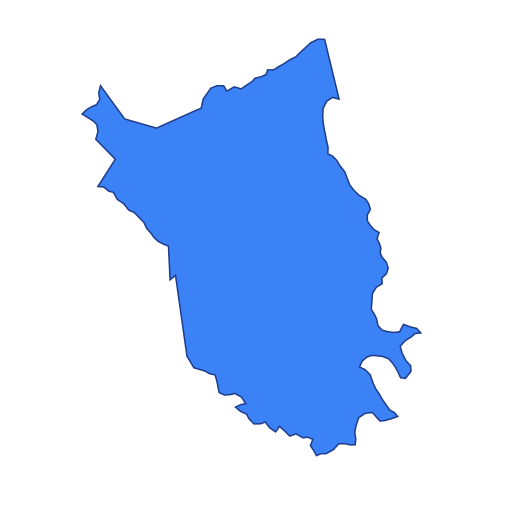 the district of Xaxim, Santa Catarina, Brazil, rotated 352°
{"feature_id": "56859067B50522823079629", "entity_name": "Xaxim", "entity_type": "district", "adm_level": 2, "iso_a3": "BRA", "parent_name": "Brazil", "parent_adm1": "Santa Catarina", "projection": "orthographic", "projection_center": [-52.514, -26.975], "detail": "fine", "context": "isolated", "style": "filled", "palette": "blue", "viewbox_px": 512, "rotation_deg": 352, "n_neighbors": 0, "source": "geoboundaries", "source_scale": "gbopen_adm2", "svg_char_len": 2480}
<svg xmlns="http://www.w3.org/2000/svg" viewBox="0 0 512 512"><g transform="rotate(352 256 256)"><path d="M382.7,291.7L385.2,286.6L384.2,280.3L380.8,274.9L379.4,270.2L380.8,265.5L379.9,260.5L378.2,255.9L381.1,249.9L376.4,246.1L373.4,241.6L371.2,236.7L371.9,230.9L375.8,225.6L374.8,219.8L372.7,215.3L365.9,209.6L361.8,204.1L358.9,198.9L357.2,192.2L355.6,184.9L351.4,177.8L349.2,172.4L345.6,167.6L341.4,164.9L342.5,158.4L341.9,152.0L341.7,146.8L341.3,141.6L341.1,135.3L341.4,127.8L343.0,119.1L347.6,112.6L353.6,109.6L360.1,112.2L354.1,51.0L347.6,49.9L339.9,52.4L333.7,56.7L327.7,60.8L323.2,64.3L317.6,66.0L309.6,69.8L304.8,71.6L299.3,74.1L293.4,73.3L291.3,77.6L285.7,79.3L279.9,79.7L276.2,82.8L270.7,85.4L264.6,88.4L257.9,85.5L250.1,88.7L247.7,83.0L241.4,81.9L234.7,83.5L225.7,93.0L222.3,102.0L215.2,103.9L200.4,108.2L190.7,111.0L175.2,115.5L162.0,109.6L145.0,102.0L125.7,65.7L123.0,72.5L123.0,79.3L119.2,83.9L114.0,85.3L108.7,87.5L103.5,91.2L109.5,96.2L114.0,100.0L116.7,104.0L116.8,110.9L113.6,118.1L130.1,140.6L109.1,165.2L114.8,166.5L119.3,171.4L123.6,173.0L126.5,180.6L132.3,185.8L136.3,192.8L141.5,196.0L146.0,202.2L149.7,207.2L151.6,213.4L155.4,219.3L157.7,223.7L161.3,228.0L166.6,231.8L170.7,234.0L167.6,267.6L173.6,264.0L173.7,345.8L176.6,352.4L179.0,358.1L184.3,360.5L189.6,362.9L193.3,365.9L199.0,368.1L199.9,375.5L200.5,386.1L205.5,389.3L211.0,389.7L215.9,389.2L221.9,393.6L225.3,400.8L220.1,401.1L214.7,402.8L219.0,407.7L224.6,411.2L226.3,416.0L230.6,422.0L237.4,422.8L242.0,421.7L245.7,428.1L250.9,432.9L255.5,428.0L260.1,433.3L264.3,439.0L270.9,437.7L277.2,442.6L281.9,442.6L286.8,445.4L283.5,451.5L285.7,455.8L288.1,462.1L292.9,460.8L297.7,461.5L305.7,458.6L311.7,453.5L317.8,454.2L322.8,456.1L327.9,456.8L329.3,451.5L329.3,444.2L331.6,437.7L335.2,430.4L342.4,426.9L349.6,427.2L353.0,432.6L355.8,436.7L360.5,436.9L366.7,436.1L374.0,434.7L371.4,430.4L367.0,427.1L364.1,421.4L361.0,415.3L358.9,409.8L356.3,404.6L354.3,398.4L352.6,389.5L348.0,383.5L343.1,380.3L346.6,374.8L351.4,371.7L356.4,370.5L361.0,371.4L367.1,373.0L372.8,376.0L376.2,380.9L378.6,385.7L380.5,390.8L382.2,396.6L387.0,398.0L393.4,391.8L393.9,386.3L390.0,380.6L387.3,373.1L386.2,365.4L392.2,360.5L398.7,357.6L402.7,354.9L408.5,355.1L404.9,350.0L398.9,347.7L392.6,344.2L387.6,351.1L381.1,350.8L375.4,349.1L370.4,346.8L367.1,341.8L366.6,334.8L365.1,330.2L362.7,324.8L364.4,317.4L366.1,309.3L370.8,303.7L377.2,300.9L377.4,295.5L382.7,291.7Z" fill="#3b82f6" stroke="#1e3a8a" stroke-width="1.5"/></g></svg>